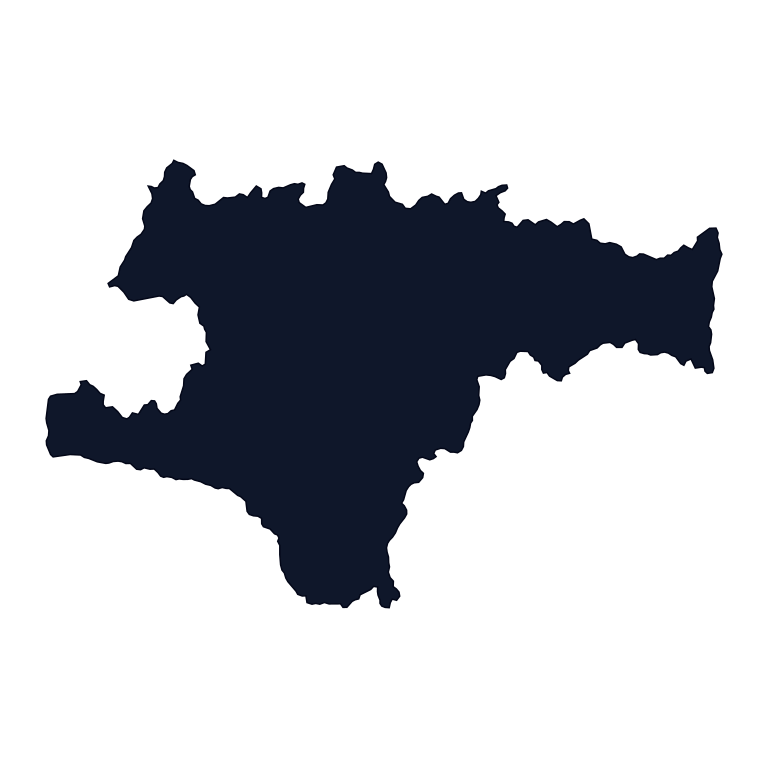 Jucuruçu, Bahia, Brazil
{"feature_id": "56859067B84461120097776", "entity_name": "Jucuruçu", "entity_type": "district", "adm_level": 2, "iso_a3": "BRA", "parent_name": "Brazil", "parent_adm1": "Bahia", "projection": "albers", "projection_center": [-40.091, -16.878], "detail": "fine", "context": "isolated", "style": "filled", "palette": "ink", "viewbox_px": 768, "rotation_deg": 0, "n_neighbors": 0, "source": "geoboundaries", "source_scale": "gbopen_adm2", "svg_char_len": 6108}
<svg xmlns="http://www.w3.org/2000/svg" viewBox="0 0 768 768"><path d="M148.2,186.1L151.9,193.6L152.6,198.6L151.1,203.0L147.2,206.7L143.9,210.8L142.6,218.7L144.8,226.1L144.4,229.3L141.0,234.3L137.3,236.9L133.9,240.4L131.5,247.6L125.7,256.6L124.6,260.1L120.2,267.0L118.3,275.8L108.1,283.4L109.6,286.9L114.7,285.6L118.0,286.3L123.8,292.1L128.7,299.3L133.8,300.9L159.1,296.0L162.6,296.5L169.8,302.9L173.2,303.6L176.2,300.0L181.0,296.7L183.9,296.0L186.5,294.3L190.7,297.4L195.1,303.1L199.4,307.1L198.0,314.9L199.9,323.3L203.9,326.1L204.6,329.1L206.4,332.4L206.1,341.6L210.5,349.7L206.0,352.3L205.3,364.1L202.2,366.0L198.3,363.2L190.8,365.2L192.2,369.3L186.6,374.4L184.0,378.7L183.6,385.8L180.2,396.7L180.6,400.0L177.8,403.3L174.5,410.0L171.1,410.7L167.9,413.6L164.5,414.2L161.2,413.2L157.0,408.3L156.3,403.7L154.6,400.9L151.3,400.6L147.8,404.7L144.3,405.0L138.4,414.4L132.4,412.9L129.4,417.3L126.9,418.9L122.3,417.5L117.7,411.6L112.5,406.8L105.6,407.8L103.2,404.7L103.2,401.4L104.2,395.1L100.1,393.4L96.8,389.6L93.2,386.3L89.7,384.7L86.5,380.7L80.2,381.6L81.2,384.8L77.6,391.5L74.6,393.6L57.1,394.3L50.5,396.2L48.5,399.3L46.1,418.5L46.7,422.9L48.9,430.5L48.5,435.8L46.3,440.8L46.6,444.9L50.6,454.5L53.1,456.9L70.1,454.5L80.6,455.0L84.3,457.4L88.7,458.4L97.2,461.8L105.8,463.4L109.0,463.0L113.2,461.5L118.1,461.1L121.9,461.7L125.8,463.5L130.4,463.4L136.6,469.2L140.6,469.7L144.1,467.8L149.9,469.2L154.2,469.0L158.0,472.6L160.6,476.1L163.6,477.3L166.8,476.6L171.8,477.4L176.0,479.6L179.1,478.9L183.2,479.4L187.9,479.3L191.6,478.6L194.3,480.0L200.7,481.7L205.6,484.2L210.8,485.4L215.1,488.0L218.2,488.7L222.2,487.5L226.1,488.4L229.4,488.5L237.7,495.4L240.6,496.6L245.9,501.3L247.1,511.3L249.3,514.4L253.4,515.8L257.9,516.2L261.6,518.4L261.7,523.8L263.4,526.7L270.1,529.0L274.5,533.8L277.5,535.0L279.0,538.0L277.7,541.3L279.8,545.4L279.8,554.6L280.6,564.9L282.0,570.1L284.3,572.9L285.8,578.0L287.9,581.7L296.0,591.2L297.7,594.3L302.2,596.0L305.9,595.8L307.0,602.6L312.0,604.2L315.7,603.4L319.8,604.2L324.4,602.5L329.0,603.9L340.5,603.8L343.0,607.4L346.9,607.3L352.1,601.4L355.1,599.8L358.7,598.9L360.1,594.8L370.7,589.5L373.6,586.4L377.6,587.0L377.5,591.6L378.0,595.1L380.0,600.1L380.0,603.4L381.8,606.1L385.1,607.4L389.2,607.7L390.3,602.7L392.2,599.1L396.6,600.3L399.7,596.2L399.0,592.1L396.3,588.9L393.2,586.6L393.4,581.2L390.1,577.6L388.3,572.1L389.5,566.9L388.7,562.7L388.5,557.0L387.1,552.2L386.5,547.8L387.6,543.3L389.5,540.3L392.5,537.2L395.4,532.9L397.5,527.9L399.8,523.9L404.6,517.8L406.7,514.0L406.6,510.1L404.3,505.8L401.6,503.2L403.6,499.8L406.2,490.5L408.6,486.7L411.0,484.3L414.1,482.8L418.7,482.3L422.7,477.6L423.4,473.3L420.4,470.5L418.1,466.2L416.7,461.8L418.9,458.2L422.4,457.2L429.8,459.8L433.4,458.6L436.1,456.6L433.7,453.5L435.3,450.0L440.6,448.3L444.8,448.6L450.4,452.1L453.9,452.1L457.5,452.8L461.4,450.4L463.4,446.6L463.7,441.9L468.3,432.0L469.8,427.6L470.6,423.1L472.4,420.5L472.3,416.3L477.0,409.6L479.0,404.7L479.8,400.1L478.7,395.5L479.2,386.7L476.8,379.7L477.8,376.3L486.0,374.9L490.8,375.4L495.1,376.6L501.2,379.5L504.3,377.8L505.5,373.6L505.3,369.6L510.1,361.3L514.0,358.5L516.9,352.4L520.2,351.2L528.0,351.5L530.3,355.0L533.7,357.1L535.0,360.5L538.4,361.0L541.8,365.3L541.8,369.6L543.4,373.1L547.0,372.5L549.5,376.1L557.3,380.6L561.3,380.8L562.4,377.2L565.6,374.4L569.6,373.3L568.3,370.5L568.8,366.9L575.0,363.3L578.4,360.1L587.4,354.2L589.7,350.6L597.1,348.0L600.3,344.8L603.0,343.2L610.1,342.4L613.5,344.4L616.6,347.4L622.0,347.4L624.8,343.1L632.3,340.2L635.5,339.5L638.5,343.7L638.3,349.4L640.1,352.4L644.2,353.6L647.5,353.8L650.6,355.0L657.5,354.6L660.7,352.7L664.6,352.1L668.4,353.1L671.8,355.4L675.7,356.8L680.7,363.6L683.9,365.3L686.0,361.1L691.0,359.0L695.3,368.1L701.3,367.2L704.3,367.6L705.0,371.2L707.3,373.4L712.3,372.6L713.9,368.3L712.7,359.8L709.4,350.5L709.1,346.5L710.6,342.8L711.6,334.2L710.9,329.9L708.5,326.6L709.3,321.9L711.3,317.2L712.2,312.5L713.9,309.2L713.5,305.5L714.4,298.6L711.8,286.8L712.3,281.3L717.7,271.0L720.2,258.6L721.9,254.2L719.8,249.6L719.1,243.2L717.3,237.4L718.1,233.0L716.0,228.1L709.6,228.3L697.4,237.2L697.6,240.9L692.3,249.5L688.3,247.8L683.8,245.2L680.7,247.9L678.2,251.1L674.2,252.5L671.1,255.3L667.6,255.1L664.2,258.2L660.1,258.2L656.4,259.6L643.5,254.1L639.6,253.9L637.0,256.1L632.7,257.6L628.8,256.8L624.9,254.2L621.2,246.9L616.4,244.2L609.7,242.6L605.3,243.8L600.2,243.2L596.9,240.3L591.8,239.1L588.9,223.8L583.9,218.8L580.3,220.2L573.4,224.0L569.2,221.7L564.2,221.6L561.1,224.3L557.2,226.7L551.2,222.2L546.5,219.5L538.5,221.9L535.3,224.8L528.1,219.8L523.1,220.4L517.2,227.2L514.1,226.3L512.0,223.2L508.7,221.9L503.7,221.5L504.1,217.7L505.2,214.1L502.1,210.9L498.2,207.8L497.0,204.8L498.9,202.3L496.0,195.7L500.3,192.7L505.2,190.8L507.6,188.1L506.7,185.0L502.0,185.3L498.4,186.7L496.0,188.6L488.4,190.8L485.6,193.1L481.3,191.2L480.8,194.7L478.4,198.3L475.2,201.4L470.9,202.3L467.3,201.7L463.8,199.3L461.5,192.8L458.4,193.0L454.4,195.2L450.5,198.7L448.1,203.3L444.8,204.3L439.1,197.1L436.1,196.2L431.6,194.0L427.8,196.3L422.2,197.4L418.8,200.4L415.7,205.0L410.6,208.8L405.3,208.3L402.4,204.3L395.1,202.2L389.5,196.4L388.4,192.0L383.8,184.6L385.5,181.5L386.6,177.7L386.1,172.9L382.1,164.2L378.2,162.1L374.7,164.3L373.4,169.4L371.5,173.6L362.6,173.2L359.3,172.4L355.6,172.4L352.4,170.0L347.0,168.0L344.2,165.7L336.5,167.1L333.2,174.8L334.8,178.9L331.5,184.4L328.2,192.3L327.8,199.0L325.9,202.8L322.9,205.0L316.9,204.7L305.8,207.4L299.2,202.6L298.2,199.1L300.4,195.2L303.4,192.3L303.6,188.2L304.8,184.3L302.0,182.9L298.0,184.3L294.4,183.7L290.4,184.8L283.2,187.9L278.6,187.4L273.5,188.6L270.1,191.0L267.9,197.3L265.0,198.5L261.5,197.3L261.7,192.9L261.0,188.8L256.3,186.0L250.5,192.9L247.4,197.5L243.3,194.7L239.4,193.9L235.3,197.1L227.4,198.0L223.5,197.5L215.2,204.2L209.3,205.7L205.2,205.5L201.2,203.9L198.1,200.1L194.7,198.4L192.5,191.9L190.2,189.6L189.2,186.4L190.4,179.5L192.3,176.6L195.3,174.8L194.0,170.6L186.9,165.4L183.0,163.4L178.0,162.4L173.8,160.3L172.3,163.4L166.7,167.9L164.7,172.2L164.5,176.6L163.3,180.6L159.8,184.0L158.0,187.6L154.3,188.0L151.3,186.5L148.2,186.1Z" fill="#0f172a" stroke="#020617" stroke-width="1.5"/></svg>